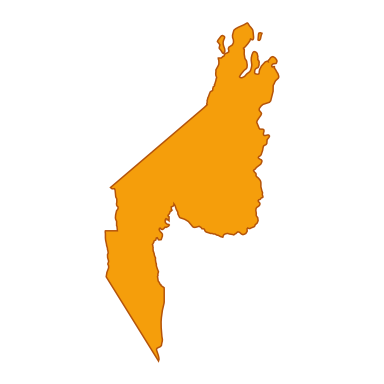 Viseu, Pará, Brazil (Robinson projection)
{"feature_id": "56859067B62077579865137", "entity_name": "Viseu", "entity_type": "district", "adm_level": 2, "iso_a3": "BRA", "parent_name": "Brazil", "parent_adm1": "Pará", "projection": "robinson", "projection_center": [-46.341, -1.561], "detail": "fine", "context": "isolated", "style": "filled", "palette": "amber", "viewbox_px": 384, "rotation_deg": 0, "n_neighbors": 0, "source": "geoboundaries", "source_scale": "gbopen_adm2", "svg_char_len": 5932}
<svg xmlns="http://www.w3.org/2000/svg" viewBox="0 0 384 384"><path d="M204.0,107.7L110.5,187.5L111.7,188.6L112.3,188.8L114.5,188.7L115.1,190.2L115.7,196.5L115.9,197.3L116.6,198.5L116.8,199.5L116.8,202.2L116.5,203.6L116.6,205.1L117.1,206.1L118.0,206.9L118.1,207.7L118.0,208.5L117.6,209.5L116.6,210.6L116.4,211.4L115.6,214.9L115.4,217.8L115.6,219.1L116.6,221.3L116.6,225.7L117.0,226.4L117.4,230.8L105.4,230.8L105.2,231.8L105.4,233.9L105.4,237.8L105.6,240.1L106.5,244.3L106.6,245.4L107.4,248.0L107.5,249.5L107.9,250.7L108.2,253.1L107.5,254.6L107.6,257.6L108.5,260.6L108.6,261.8L107.9,263.5L107.9,264.5L108.5,265.5L108.6,266.2L108.6,267.9L106.9,272.4L106.2,276.8L158.5,361.0L159.0,359.3L158.8,357.4L158.3,355.3L156.7,350.5L156.5,349.5L156.7,348.8L157.4,348.0L160.4,346.6L161.4,345.5L161.8,343.1L162.3,341.1L162.4,339.6L161.9,336.4L161.2,327.6L161.1,321.8L161.4,317.6L162.4,310.3L164.0,303.4L164.2,301.8L164.2,289.4L164.1,287.7L161.0,285.5L160.9,284.7L159.7,283.8L159.5,282.9L158.9,281.9L158.2,281.1L157.5,276.4L158.0,275.4L157.8,274.1L158.5,271.8L157.5,269.3L156.5,266.3L156.3,265.0L156.4,264.1L155.8,262.3L155.4,259.4L155.5,258.6L155.4,257.5L154.9,256.7L154.3,254.9L154.2,253.8L153.5,251.6L153.1,251.0L153.2,250.1L153.0,249.3L153.1,247.3L152.8,246.3L152.8,245.5L152.4,244.6L153.7,242.4L154.0,241.1L154.5,240.6L155.7,240.1L156.4,237.9L157.3,237.7L158.5,239.8L159.6,239.9L161.2,239.6L162.4,236.1L162.4,234.1L161.4,232.7L160.2,231.6L159.1,229.7L159.5,228.3L160.5,228.2L161.2,229.3L162.6,229.5L163.7,228.7L165.1,227.1L166.1,227.4L167.4,226.8L168.7,226.0L169.3,225.0L168.8,224.4L167.8,224.4L167.0,224.1L165.4,222.6L165.1,220.9L165.4,219.4L166.0,218.6L167.0,219.0L167.1,219.9L167.9,219.7L169.0,220.8L169.1,216.8L168.3,216.4L168.0,215.3L169.3,213.8L169.8,212.7L170.1,211.5L170.8,211.4L172.1,210.1L171.3,209.6L171.4,208.0L171.2,207.0L173.3,206.0L174.0,204.8L174.0,204.0L175.0,205.5L176.3,209.4L177.8,212.2L177.9,214.0L179.5,217.2L180.2,217.8L183.6,218.9L184.9,219.4L188.4,221.5L192.7,226.7L193.3,227.1L194.2,227.4L195.7,227.3L199.1,226.3L201.1,227.5L202.0,228.8L203.8,228.8L204.6,229.7L204.9,230.8L206.1,232.0L210.8,233.5L212.0,233.4L213.5,234.0L214.5,234.0L215.2,234.1L216.4,234.9L217.2,235.2L218.2,235.3L220.5,236.6L222.8,237.2L223.5,235.2L224.3,234.4L225.6,233.8L227.6,233.4L229.4,234.0L232.6,234.5L233.7,234.9L234.6,234.4L235.1,233.8L236.0,233.5L236.9,232.5L237.8,231.9L238.6,232.0L239.6,232.4L241.4,234.0L242.7,234.6L243.6,234.5L244.8,234.0L245.8,233.5L246.9,231.8L247.2,231.1L247.0,229.0L247.7,228.0L248.5,228.4L249.8,228.6L251.4,227.8L254.0,226.8L254.6,226.3L255.2,224.8L257.2,223.0L258.1,220.6L257.7,217.6L256.6,216.3L256.2,215.2L256.3,213.3L255.8,210.3L256.1,208.4L256.8,207.4L258.2,206.5L259.4,205.5L259.9,204.3L259.9,203.3L259.3,202.4L258.4,201.6L258.2,200.5L258.9,199.7L259.6,199.6L260.5,199.1L261.0,198.2L261.7,197.7L262.4,197.6L262.9,197.2L262.9,196.4L262.4,195.0L262.3,194.2L262.5,193.2L262.5,192.4L262.0,191.3L260.9,186.8L260.9,182.8L260.6,181.2L260.0,180.1L258.5,178.2L256.7,176.7L256.0,175.7L256.1,174.5L255.9,173.4L254.6,172.2L253.5,170.7L254.0,169.8L255.2,169.1L256.4,167.5L260.7,164.2L261.5,162.7L262.0,161.0L261.4,159.9L259.6,159.0L258.5,158.1L258.3,157.4L258.9,156.5L260.1,155.9L261.1,154.8L262.6,150.4L263.1,147.5L263.6,145.9L266.1,144.5L266.8,143.5L267.1,139.7L269.0,137.3L269.5,136.1L268.9,135.2L268.1,134.9L264.8,135.6L263.9,135.3L263.5,134.6L263.4,133.4L264.0,131.2L263.9,129.9L263.0,129.2L259.9,129.1L259.2,128.3L256.7,122.2L257.3,120.4L259.3,117.4L260.8,115.4L261.5,113.7L261.1,112.6L259.8,111.1L259.1,109.9L259.4,108.3L261.2,105.9L263.0,104.4L269.4,102.3L270.7,100.8L273.1,91.3L273.2,85.4L274.3,83.4L274.7,82.3L275.6,80.7L278.3,78.2L278.8,77.0L278.6,75.8L277.8,73.3L277.3,72.8L275.4,69.4L274.3,68.0L274.5,67.3L274.4,66.6L273.5,66.6L272.7,67.0L271.9,66.7L271.7,66.0L271.8,65.2L272.5,64.3L273.4,63.8L276.0,63.5L276.5,62.9L277.0,61.1L276.7,60.1L275.5,58.3L274.6,57.5L273.1,56.7L272.3,56.7L271.4,57.1L270.5,57.8L269.3,59.6L268.6,60.1L268.0,60.9L268.2,61.7L267.4,61.3L266.7,61.3L265.1,62.0L261.4,66.1L259.6,69.7L259.2,71.8L259.2,72.9L258.8,73.8L258.1,74.2L257.2,74.2L256.1,74.0L255.1,73.6L254.6,72.8L254.8,70.3L255.1,69.6L255.7,68.8L256.4,68.3L258.0,67.5L258.4,66.9L259.1,64.8L259.0,63.9L259.2,62.2L259.0,61.3L258.5,60.3L257.8,59.7L257.9,58.6L257.7,57.3L257.9,56.6L257.1,53.3L255.7,52.0L254.2,51.6L253.5,51.9L252.9,52.6L251.9,55.0L251.3,57.7L251.2,60.1L251.8,65.0L251.5,67.1L250.8,69.8L250.3,70.8L249.7,71.7L246.7,74.0L244.7,76.3L244.1,76.7L241.8,77.8L240.3,77.6L239.5,76.8L240.1,75.5L241.2,73.9L244.2,70.3L246.4,68.6L247.0,67.4L247.2,65.0L246.6,61.1L246.1,60.2L244.9,58.5L244.2,54.0L244.3,49.9L244.2,49.2L243.6,49.0L243.5,48.1L245.1,46.9L247.7,43.9L249.9,40.8L250.5,38.9L251.1,39.1L251.8,39.7L252.7,39.8L253.2,39.3L253.5,38.4L253.6,37.1L253.2,32.8L252.8,30.3L252.4,29.4L250.9,27.4L249.6,26.0L248.1,23.6L247.5,23.0L246.8,23.1L243.9,24.8L238.4,27.2L235.7,28.7L234.1,30.0L233.7,30.8L232.6,34.8L232.5,35.6L232.6,37.5L233.4,39.8L233.5,41.9L233.4,42.8L232.8,44.0L232.2,45.0L228.9,47.2L228.4,48.4L228.5,49.7L228.8,50.4L228.7,51.9L226.9,53.1L225.9,53.2L225.3,53.6L224.4,54.8L224.2,55.7L223.5,56.4L222.7,56.5L222.1,57.3L221.2,58.0L218.3,58.0L218.3,58.9L218.8,60.4L218.9,63.1L218.7,64.4L218.4,65.3L215.9,69.9L215.9,71.8L215.7,73.4L215.8,75.2L216.7,77.6L216.1,79.0L215.9,80.4L214.8,84.1L214.4,84.6L214.6,85.5L214.1,86.3L213.3,86.8L212.8,88.6L212.7,90.2L212.1,90.8L210.4,91.7L209.6,93.4L208.3,97.0L207.7,98.1L207.7,98.9L207.1,100.5L207.2,102.1L206.7,104.0L207.2,104.7L204.0,107.7ZM224.2,52.5L224.9,51.2L224.7,49.0L223.6,45.9L223.2,44.3L223.1,42.6L223.4,40.8L224.6,37.8L224.6,36.9L224.1,36.3L222.6,35.5L221.5,35.8L220.7,36.6L218.4,39.6L217.7,40.7L217.4,41.7L218.1,42.3L219.9,44.8L219.2,47.6L219.3,48.5L220.7,50.1L222.6,53.1L223.5,53.4L224.2,52.5ZM259.4,40.3L260.0,39.7L260.5,38.8L261.2,35.4L262.0,33.3L260.2,32.7L258.8,33.2L258.5,34.2L258.0,39.9L258.6,40.3L259.4,40.3Z" fill="#f59e0b" stroke="#b45309" stroke-width="1.5"/></svg>